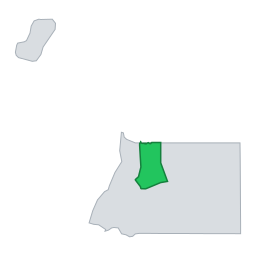 Niefang, Centro Sur, Equatorial Guinea (highlighted)
{"feature_id": "11065452B28626668585382", "entity_name": "Niefang", "entity_type": "district", "adm_level": 2, "iso_a3": "GNQ", "parent_name": "Equatorial Guinea", "parent_adm1": "Centro Sur", "projection": "albers", "projection_center": [10.119, 1.88], "detail": "fine", "context": "in_parent", "style": "filled", "palette": "green", "viewbox_px": 256, "rotation_deg": 0, "n_neighbors": 0, "source": "geoboundaries", "source_scale": "gbopen_adm2", "svg_char_len": 1986}
<svg xmlns="http://www.w3.org/2000/svg" viewBox="0 0 256 256"><path d="M240.0,142.9L240.2,160.9L240.3,176.1L240.4,192.6L240.5,209.7L240.6,224.3L240.6,233.7L224.7,233.6L203.6,233.6L182.5,233.5L161.3,233.5L150.7,233.4L139.0,233.4L135.3,233.9L132.7,236.3L129.6,236.8L126.0,234.8L121.6,233.8L120.4,231.7L118.2,227.9L113.9,227.5L111.7,227.9L108.5,230.1L105.0,231.2L105.7,229.5L98.7,224.8L93.7,224.3L89.1,222.9L92.8,210.6L97.5,199.9L104.5,191.7L108.2,189.7L109.4,185.7L115.0,172.4L121.8,161.6L119.7,150.7L121.4,132.3L123.3,132.8L123.7,134.6L124.2,137.1L126.7,139.4L135.3,142.9L160.7,142.9L175.8,142.9L198.3,142.9L222.0,142.9L240.0,142.9ZM38.8,19.2L40.7,19.5L52.3,19.2L55.5,23.3L55.1,29.4L43.1,47.0L40.9,54.5L36.3,60.8L32.3,61.3L18.5,57.6L16.2,55.3L15.4,52.3L16.7,45.2L17.7,43.1L24.3,41.8L26.5,40.6L30.0,33.1L31.2,26.1L34.1,20.9L38.8,19.2Z" fill="#d9dde1" stroke="#a8b0b8" stroke-width="1"/><path d="M167.5,181.4L160.7,162.8L160.7,154.9L160.7,142.5L151.7,142.5L151.4,142.7L151.4,142.8L151.3,143.0L151.2,143.2L151.1,143.3L150.9,143.4L150.8,143.5L150.7,143.6L150.4,143.4L150.3,143.5L150.1,143.5L149.8,143.6L149.7,143.5L149.7,143.4L149.4,143.3L149.2,143.2L148.8,143.1L148.6,143.0L148.6,142.9L148.4,142.8L148.3,142.7L148.1,142.8L147.9,142.9L147.7,142.9L147.5,143.0L146.9,143.3L146.6,143.5L146.4,143.7L146.2,143.8L146.2,143.7L145.9,143.4L145.7,143.5L145.5,143.4L145.3,143.4L145.2,143.3L144.7,143.5L144.7,143.4L144.4,143.4L144.2,143.3L144.1,143.2L143.8,143.2L143.7,143.3L143.2,143.4L142.8,143.4L142.6,143.4L142.4,143.3L142.1,143.3L141.7,143.2L141.4,143.1L141.2,142.9L140.8,142.7L140.8,142.3L140.8,142.1L140.8,141.9L140.7,141.8L140.6,142.1L140.5,142.3L140.4,142.7L140.4,142.9L140.4,143.0L140.1,143.2L139.9,143.2L139.8,143.3L139.7,143.4L139.7,143.5L139.6,144.8L140.2,155.4L140.2,155.5L140.9,167.1L138.5,176.7L135.4,179.5L135.4,179.8L135.4,180.0L136.8,181.9L140.4,186.6L140.8,188.3L141.2,188.7L145.7,188.8L155.8,184.6L160.6,182.6L167.5,181.4Z" fill="#22c55e" stroke="#15803d" stroke-width="1.5"/></svg>